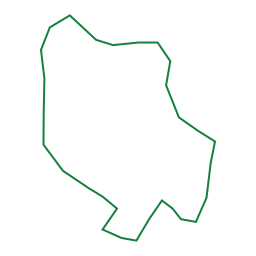 the District of Orahovac
{"feature_id": "KOS-5891", "entity_name": "Orahovac", "entity_type": "District", "adm_level": 1, "iso_a3": "XKX", "parent_name": "Kosovo", "parent_adm1": "", "projection": "natural_earth1", "projection_center": [20.611, 42.394], "detail": "fine", "context": "isolated", "style": "outline", "palette": "green", "viewbox_px": 256, "rotation_deg": 0, "n_neighbors": 0, "source": "natural_earth", "source_scale": "10m", "svg_char_len": 468}
<svg xmlns="http://www.w3.org/2000/svg" viewBox="0 0 256 256"><path d="M102.6,229.5L117.0,208.6L102.7,196.7L88.9,188.3L62.9,170.8L43.5,144.7L43.7,112.1L44.4,78.4L41.0,49.9L49.8,27.4L69.8,15.4L96.0,39.8L113.0,45.1L138.5,42.5L157.6,42.5L170.3,61.2L166.1,85.3L178.9,117.4L198.0,130.8L215.0,141.5L210.7,163.0L206.5,197.8L195.9,221.9L181.0,219.2L172.5,208.5L161.9,200.5L149.1,219.2L136.4,240.6L121.5,238.0L102.6,229.5Z" fill="none" stroke="#15803d" stroke-width="2"/></svg>